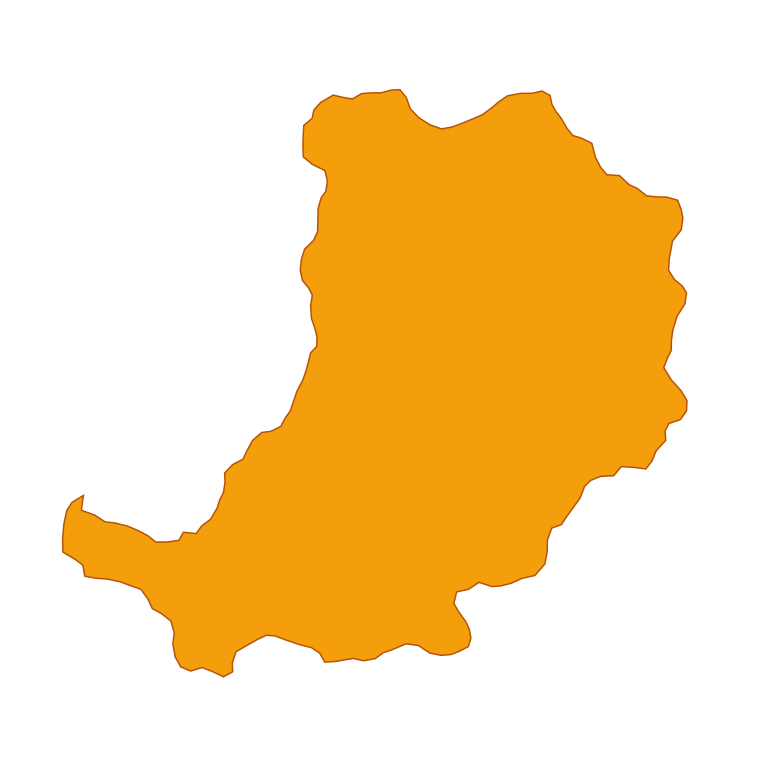 outline of Santo Antônio do Itambé, Minas Gerais, Brazil, rotated 96°
{"feature_id": "56859067B65997066860762", "entity_name": "Santo Antônio do Itambé", "entity_type": "district", "adm_level": 2, "iso_a3": "BRA", "parent_name": "Brazil", "parent_adm1": "Minas Gerais", "projection": "albers", "projection_center": [-43.26, -18.494], "detail": "fine", "context": "isolated", "style": "filled", "palette": "amber", "viewbox_px": 768, "rotation_deg": 96, "n_neighbors": 0, "source": "geoboundaries", "source_scale": "gbopen_adm2", "svg_char_len": 2651}
<svg xmlns="http://www.w3.org/2000/svg" viewBox="0 0 768 768"><g transform="rotate(96 384 384)"><path d="M647.6,348.5L640.1,334.9L640.4,322.6L646.8,310.2L647.9,298.7L646.0,289.0L642.2,281.5L636.4,272.7L627.6,271.0L619.1,273.5L611.9,277.7L602.8,285.9L594.8,291.6L583.2,290.0L579.3,278.5L571.3,268.7L574.2,255.5L572.6,246.7L568.8,236.5L563.0,226.7L558.7,214.0L546.2,205.2L534.1,204.2L522.0,205.2L509.8,202.1L505.2,192.8L498.0,189.2L489.2,184.1L476.8,177.0L465.1,173.9L458.4,168.6L453.3,159.1L451.2,146.0L441.3,139.3L440.8,126.1L441.1,114.7L432.5,109.4L421.9,106.3L410.6,97.9L401.3,99.6L393.5,96.5L388.4,85.5L379.1,80.3L368.8,81.0L359.8,87.7L349.9,98.7L338.5,107.5L328.0,104.6L320.5,101.8L311.4,102.7L300.4,102.4L285.9,99.6L272.8,93.1L261.9,92.6L255.5,97.4L249.7,106.2L241.0,112.9L229.6,113.4L211.7,112.0L199.6,104.5L187.8,104.1L179.5,106.7L170.5,111.2L168.6,122.5L169.4,132.3L169.4,142.5L163.2,152.3L160.1,161.1L152.1,171.6L152.6,184.1L145.9,191.2L136.8,197.2L122.9,202.5L118.9,213.2L117.1,222.3L110.7,228.7L101.2,235.6L95.2,241.4L88.5,246.2L79.7,249.0L76.1,257.4L79.4,267.1L80.7,278.6L84.5,291.3L91.2,299.2L98.2,305.9L105.9,314.3L112.1,325.3L117.5,335.5L121.4,343.4L124.3,353.5L121.4,365.4L115.5,377.3L107.5,386.6L96.6,391.9L89.6,399.0L90.9,407.4L94.7,417.2L95.8,427.2L97.5,436.5L103.8,445.4L103.3,454.2L102.0,464.8L110.5,476.3L118.8,482.4L127.2,483.2L135.2,490.8L143.6,490.4L154.6,489.6L166.6,488.0L173.0,478.4L177.9,465.1L188.0,461.5L198.4,462.0L205.6,466.0L216.5,467.9L228.6,466.8L239.4,466.0L248.6,469.1L258.3,477.1L269.0,479.2L279.6,479.2L289.7,475.8L296.3,469.0L303.1,464.6L314.0,465.1L326.4,463.0L336.2,458.4L344.4,455.5L353.7,454.9L360.8,460.3L370.0,461.5L378.5,462.8L388.4,465.1L399.7,469.6L410.3,472.1L420.7,474.4L427.4,478.3L437.0,482.3L442.9,491.6L445.0,500.5L453.8,508.8L465.4,513.6L473.4,516.3L480.0,526.1L489.2,533.2L498.1,531.8L508.6,532.3L516.6,535.3L524.9,537.0L536.6,542.3L544.1,550.4L552.4,555.2L552.4,568.0L560.9,571.6L563.8,582.9L565.0,594.4L559.6,602.9L555.4,613.4L552.1,624.4L550.3,637.3L550.3,646.9L544.6,658.1L541.2,671.8L526.2,671.3L534.5,682.0L543.1,686.3L556.6,687.7L570.8,687.5L584.7,685.8L590.9,672.5L595.6,664.6L606.4,661.5L607.3,650.5L606.9,639.5L608.2,626.3L611.4,613.6L613.6,604.3L622.4,596.4L631.5,591.0L635.7,581.2L642.1,571.1L653.4,566.6L664.6,566.8L677.2,563.2L686.5,556.7L689.7,546.3L685.0,535.3L688.1,524.0L691.9,513.0L686.0,504.4L677.5,505.7L665.8,503.2L658.3,493.0L651.3,483.2L646.2,474.8L645.9,466.0L648.7,455.5L652.1,440.4L653.8,428.5L658.5,419.7L666.8,413.9L665.0,403.1L662.3,393.6L660.1,385.7L661.4,375.5L658.0,364.0L651.3,356.6L647.6,348.5Z" fill="#f59e0b" stroke="#b45309" stroke-width="1.5"/></g></svg>